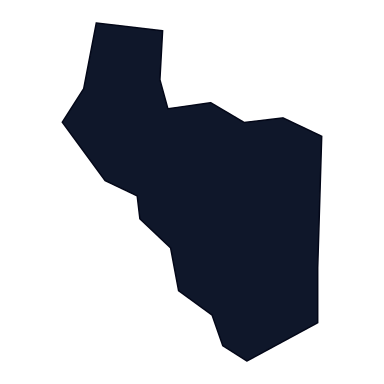 outline of Paranaque
{"feature_id": "PHL-5555", "entity_name": "Paranaque", "entity_type": "Highly Urbanized City", "adm_level": 1, "iso_a3": "PHL", "parent_name": "Philippines", "parent_adm1": "", "projection": "robinson", "projection_center": [121.013, 14.486], "detail": "fine", "context": "isolated", "style": "filled", "palette": "ink", "viewbox_px": 384, "rotation_deg": 0, "n_neighbors": 0, "source": "natural_earth", "source_scale": "10m", "svg_char_len": 376}
<svg xmlns="http://www.w3.org/2000/svg" viewBox="0 0 384 384"><path d="M62.3,122.2L83.7,88.7L96.3,23.0L162.6,30.8L159.9,79.7L167.9,108.8L210.7,102.7L244.2,122.5L283.0,117.9L321.7,136.3L317.7,267.7L317.7,322.7L246.9,361.0L222.8,345.7L212.1,315.1L178.6,290.7L170.6,247.9L139.9,218.8L137.2,195.9L105.1,180.6L62.3,122.2Z" fill="#0f172a" stroke="#020617" stroke-width="1.5"/></svg>